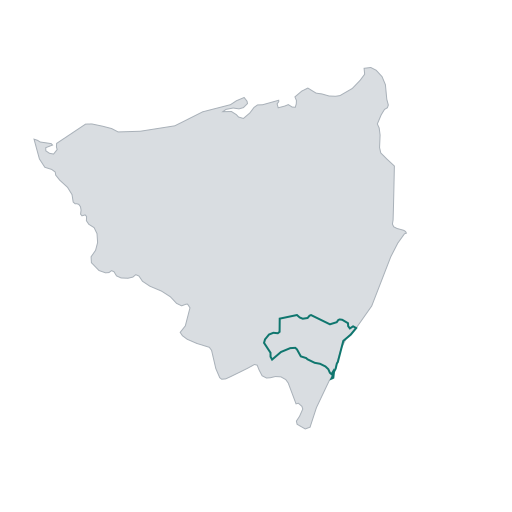 León highlighted on a map of Nicaragua, rotated 252°
{"feature_id": "NIC-658", "entity_name": "León", "entity_type": "Department", "adm_level": 1, "iso_a3": "NIC", "parent_name": "Nicaragua", "parent_adm1": "", "projection": "orthographic", "projection_center": [-86.624, 12.561], "detail": "coarse", "context": "in_parent", "style": "outline", "palette": "teal", "viewbox_px": 512, "rotation_deg": 252, "n_neighbors": 0, "source": "natural_earth", "source_scale": "10m", "svg_char_len": 2910}
<svg xmlns="http://www.w3.org/2000/svg" viewBox="0 0 512 512"><g transform="rotate(252 256 256)"><path d="M435.7,81.0L433.5,84.0L431.1,86.0L426.2,95.9L424.4,96.8L424.0,89.5L421.0,88.6L417.5,91.3L415.5,95.0L418.7,99.8L421.4,99.9L424.7,101.2L434.1,134.7L432.3,140.7L426.9,150.1L421.8,158.1L416.6,163.2L410.4,184.5L404.9,219.0L409.6,249.9L407.8,278.5L409.7,285.3L410.4,293.7L406.0,295.3L403.6,295.0L401.0,289.9L401.2,285.3L403.8,280.0L404.7,272.7L403.5,269.0L401.0,277.3L396.5,281.0L393.6,282.3L390.7,286.5L393.9,294.3L397.9,300.0L399.2,304.1L397.8,309.0L397.1,325.7L395.7,325.3L394.2,323.1L390.1,322.9L389.7,329.7L390.0,333.5L386.5,336.4L385.3,339.3L388.2,341.3L391.4,342.5L395.3,342.2L398.7,350.5L399.7,357.2L392.3,363.5L389.8,368.7L385.6,374.9L383.3,381.1L382.6,385.5L385.6,399.4L390.9,409.3L395.3,415.5L401.1,416.8L399.8,423.4L395.5,427.7L387.6,431.3L378.9,432.0L364.6,428.8L358.7,428.5L356.4,426.8L355.7,423.5L351.6,418.7L344.1,412.2L339.7,412.7L332.7,411.4L320.9,407.0L315.5,406.5L307.8,410.4L298.8,415.4L277.0,407.8L261.6,402.4L247.9,397.5L244.2,395.6L241.2,396.0L238.6,398.6L235.6,403.2L234.7,404.5L233.1,405.8L231.3,406.1L231.2,404.0L224.5,394.9L213.7,384.0L172.7,350.6L157.7,330.6L149.6,316.2L142.0,308.7L119.9,293.3L114.9,287.2L93.1,266.6L76.5,254.5L76.3,249.4L83.2,243.1L86.5,243.4L90.1,247.9L96.0,253.2L98.8,253.2L102.9,250.8L103.0,248.4L125.3,247.4L129.3,246.1L133.4,242.3L135.4,237.1L135.8,232.0L136.7,228.3L140.2,224.8L146.8,223.7L151.8,223.4L153.3,221.0L151.8,213.2L149.1,194.5L148.5,189.2L149.4,185.3L151.5,183.9L161.3,183.0L180.0,184.6L183.6,183.4L191.1,172.7L198.0,164.9L202.9,161.4L206.8,160.3L211.4,167.2L227.1,177.2L229.8,176.5L231.4,176.0L231.8,174.5L231.6,169.9L235.5,165.8L243.6,162.0L251.8,155.3L260.0,145.8L267.1,140.2L273.1,138.5L275.4,135.9L274.0,132.4L274.4,127.4L276.8,120.9L280.2,117.2L284.9,116.1L286.7,114.1L285.7,111.0L286.5,107.7L290.7,102.2L300.5,97.4L306.2,98.9L311.0,105.2L317.7,109.5L326.4,111.7L333.0,110.8L337.8,106.8L342.0,105.6L345.9,107.1L347.9,106.2L348.0,102.9L350.0,102.1L353.7,103.8L357.1,104.3L359.9,103.4L361.1,101.7L361.6,100.1L363.8,98.8L371.2,100.0L379.5,98.0L388.7,92.8L394.8,90.5L397.9,91.0L401.5,88.4L405.6,82.6L415.2,80.0L435.7,81.0Z" fill="#d9dde1" stroke="#a8b0b8" stroke-width="1"/><path d="M156.5,329.0L151.9,321.8L148.3,312.8L129.8,301.0L128.8,299.7L124.3,297.0L121.8,294.4L116.3,291.9L116.1,290.0L118.6,292.3L122.1,293.4L120.3,291.3L122.1,290.2L126.0,289.8L129.5,287.9L133.7,283.6L136.3,278.8L141.9,273.0L143.4,272.2L146.7,267.6L154.5,266.1L156.5,265.0L157.8,260.1L157.0,250.1L152.5,239.3L155.7,238.7L159.5,239.9L170.9,236.8L173.9,238.8L177.3,244.1L177.6,248.8L175.8,252.9L176.6,255.0L189.1,259.2L187.2,276.7L184.0,278.6L181.9,281.1L181.1,285.9L182.7,288.5L182.8,290.1L168.2,305.2L168.1,312.3L169.7,314.5L169.8,316.0L168.7,318.3L163.7,322.7L160.8,322.0L158.1,322.9L159.1,326.6L156.5,329.0Z" fill="none" stroke="#0f766e" stroke-width="2"/></g></svg>